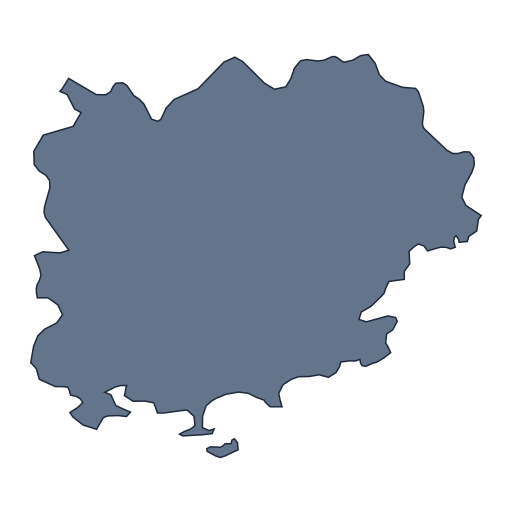 outline of Var
{"feature_id": "FRA-5351", "entity_name": "Var", "entity_type": "Metropolitan department", "adm_level": 1, "iso_a3": "FRA", "parent_name": "France", "parent_adm1": "", "projection": "mercator", "projection_center": [6.264, 43.397], "detail": "fine", "context": "isolated", "style": "filled", "palette": "slate", "viewbox_px": 512, "rotation_deg": 0, "n_neighbors": 0, "source": "natural_earth", "source_scale": "10m", "svg_char_len": 2859}
<svg xmlns="http://www.w3.org/2000/svg" viewBox="0 0 512 512"><path d="M481.3,215.6L478.4,219.3L476.7,231.0L468.8,236.4L467.3,241.5L459.1,242.3L458.6,239.4L457.5,237.7L456.2,235.8L454.4,237.3L453.7,241.0L455.2,247.3L450.4,248.9L446.1,247.3L440.4,247.2L427.6,250.9L424.0,246.0L418.4,244.0L414.6,246.3L409.1,251.3L409.7,263.9L404.3,271.4L404.3,279.4L395.8,280.5L388.9,281.5L385.8,288.0L384.1,293.3L380.8,296.9L371.0,306.3L361.2,312.1L359.0,319.5L366.4,321.8L388.1,315.9L395.6,317.5L397.3,321.2L392.7,329.8L386.7,333.9L385.6,342.9L387.9,346.6L390.7,352.6L383.8,358.0L376.7,362.2L372.7,363.2L365.8,366.3L362.0,365.6L360.6,363.2L359.8,359.3L355.5,361.0L349.3,360.9L340.8,362.0L339.5,366.8L336.0,372.6L328.5,377.3L319.1,374.8L309.1,376.5L298.6,376.7L291.4,379.3L283.1,384.6L278.7,393.2L280.0,399.6L282.0,406.8L270.1,406.8L265.4,402.3L264.2,400.2L257.3,397.7L248.0,393.2L238.4,392.1L226.3,394.2L216.9,398.0L211.7,400.9L206.1,405.9L202.6,416.0L202.4,427.7L209.1,430.5L214.1,429.0L212.2,433.6L203.0,434.7L182.8,435.9L179.5,434.2L184.7,431.3L190.5,429.1L195.0,425.5L194.0,416.3L187.0,410.0L180.7,410.7L163.8,413.0L157.5,413.0L153.8,402.8L144.9,401.1L133.1,401.2L124.3,395.6L125.2,392.8L125.8,388.0L126.7,385.6L120.9,385.5L115.2,387.0L104.8,392.3L110.8,394.7L115.9,405.6L121.9,408.4L130.5,412.1L126.5,416.5L118.3,415.6L107.8,415.9L103.3,417.6L96.6,429.3L83.2,425.1L72.9,417.0L69.9,412.5L77.4,407.7L82.8,402.7L80.5,399.0L76.6,396.5L70.5,395.1L69.5,390.9L67.9,387.2L62.3,386.6L55.3,386.6L39.3,379.3L36.3,368.6L31.3,363.2L30.7,362.9L33.6,346.3L37.8,335.8L44.9,329.0L56.9,322.8L62.5,314.7L57.9,304.9L47.9,297.8L37.4,297.9L36.5,293.2L36.3,288.6L37.2,284.4L39.2,280.9L41.0,275.5L39.7,268.9L34.5,255.6L42.7,251.8L60.0,252.9L68.8,250.2L45.4,217.4L44.1,212.8L44.5,206.9L49.9,187.7L49.6,180.6L45.8,175.2L39.4,171.2L34.2,164.6L33.8,151.3L43.3,135.1L73.1,126.4L81.1,112.6L74.5,109.0L67.1,94.4L59.9,91.4L61.8,89.4L68.7,78.4L96.2,94.6L105.8,94.8L110.8,91.4L112.9,86.8L115.8,83.2L122.7,82.8L126.9,85.5L133.8,95.6L139.3,99.2L143.9,104.0L151.6,119.2L157.9,121.3L160.9,119.3L166.3,107.9L174.1,99.5L198.1,88.7L224.0,62.0L234.9,57.2L242.6,61.5L264.6,83.3L274.5,89.2L285.8,86.9L291.0,78.3L294.5,68.0L300.5,60.8L306.3,59.6L318.1,61.0L324.0,60.2L332.1,56.6L335.0,56.6L337.4,57.7L341.9,61.2L344.3,62.2L352.5,60.3L360.6,55.6L368.3,54.5L375.2,63.3L379.4,74.8L385.6,81.2L402.4,87.3L415.6,88.4L418.5,91.9L423.3,106.5L423.8,111.7L422.4,123.6L423.2,127.3L424.8,129.4L446.8,150.1L452.7,153.5L457.9,153.5L463.9,151.8L469.5,152.0L473.7,157.5L474.3,164.9L471.9,172.3L464.9,185.0L461.8,197.1L465.8,205.4L481.3,215.6L481.3,215.6ZM231.8,440.2L234.3,438.7L237.5,442.7L238.0,449.9L230.1,453.5L225.2,455.9L220.2,457.5L215.8,456.0L207.2,451.4L206.7,448.7L210.4,446.8L220.4,447.3L223.5,445.5L224.7,444.0L225.8,443.6L226.8,443.9L231.2,443.6L231.8,440.2Z" fill="#64748b" stroke="#1e293b" stroke-width="1.5"/></svg>